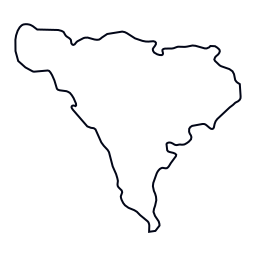 the County of Alba
{"feature_id": "ROU-294", "entity_name": "Alba", "entity_type": "County", "adm_level": 1, "iso_a3": "ROU", "parent_name": "Romania", "parent_adm1": "", "projection": "robinson", "projection_center": [23.52, 46.007], "detail": "fine", "context": "isolated", "style": "outline", "palette": "ink", "viewbox_px": 256, "rotation_deg": 0, "n_neighbors": 0, "source": "natural_earth", "source_scale": "10m", "svg_char_len": 2739}
<svg xmlns="http://www.w3.org/2000/svg" viewBox="0 0 256 256"><path d="M34.0,71.7L32.7,71.4L25.4,67.4L18.2,61.0L15.5,51.1L15.4,39.8L16.1,35.4L17.7,30.7L19.7,27.3L21.6,25.4L23.3,24.5L25.3,24.2L27.1,24.2L29.0,24.5L30.4,24.9L32.7,26.1L37.2,29.5L58.2,30.0L61.6,30.9L63.6,32.0L65.0,34.5L65.8,35.7L67.1,36.8L69.0,38.0L70.2,39.0L70.9,40.0L71.2,42.2L71.4,43.4L72.5,44.7L73.5,44.9L74.7,44.3L76.3,42.3L77.4,41.3L83.5,38.1L85.0,37.7L87.7,37.6L94.5,39.5L97.0,39.8L99.0,39.6L100.4,38.8L101.8,37.6L107.2,34.0L122.2,31.6L124.7,32.1L126.8,33.1L135.1,38.4L142.5,40.9L145.7,41.5L148.5,41.6L153.3,41.2L155.0,41.7L155.9,42.7L155.9,44.2L154.8,46.1L153.6,47.6L152.8,49.1L153.0,50.7L154.1,52.5L157.2,54.3L159.6,55.0L161.8,55.1L162.7,54.5L163.0,53.5L162.8,52.2L162.4,51.0L162.5,49.8L163.4,49.0L165.0,48.6L172.0,48.5L173.7,48.2L176.6,47.1L178.1,46.7L184.8,46.9L187.1,46.6L192.5,45.5L195.5,45.8L204.8,48.4L206.7,48.4L209.2,47.3L210.4,46.0L215.0,46.2L217.2,47.6L219.0,49.2L219.6,50.1L219.8,51.4L219.2,53.0L218.1,54.5L216.3,56.0L215.1,57.3L214.3,59.5L215.0,60.9L219.6,65.3L221.1,66.2L229.4,69.1L232.5,71.3L234.0,74.1L235.2,80.0L236.3,81.6L237.4,82.6L239.8,84.1L240.6,96.3L240.5,98.2L239.8,99.7L238.2,101.2L235.3,102.7L233.0,104.9L229.7,107.4L217.3,119.0L215.6,121.3L214.6,124.0L213.9,127.4L213.3,128.5L212.1,129.0L210.8,128.7L209.5,127.8L206.8,125.5L205.5,124.5L204.1,124.0L202.4,124.0L192.1,125.9L190.3,127.1L189.2,128.8L189.1,131.8L189.8,133.7L190.9,135.4L191.4,137.1L191.0,139.3L188.8,141.7L186.7,143.2L184.5,144.4L182.7,144.7L181.3,144.7L180.1,144.5L179.1,144.6L176.7,145.1L175.2,144.9L174.0,144.3L172.7,143.5L171.2,142.8L169.8,142.5L168.4,142.6L167.2,143.1L166.5,144.1L167.2,150.2L168.1,151.4L169.6,152.0L173.4,152.9L175.2,153.7L176.2,154.7L175.9,156.2L170.8,163.1L168.8,166.4L167.8,167.5L166.8,168.2L165.4,168.3L163.1,167.9L162.0,167.9L161.0,168.3L159.8,169.0L158.6,170.3L157.7,171.5L156.7,173.4L153.3,182.9L152.9,186.2L153.9,190.9L155.1,193.6L156.0,196.7L156.3,200.2L155.1,205.7L154.0,208.9L153.5,211.9L155.0,215.9L158.7,221.4L159.4,223.9L159.5,225.6L155.4,230.9L149.1,231.8L149.3,225.6L149.1,224.2L148.5,222.4L147.6,221.3L140.1,215.1L136.9,211.8L134.3,210.2L128.5,207.8L125.0,205.3L123.2,203.0L121.6,199.8L121.0,197.9L120.8,196.3L121.3,194.9L121.8,193.5L122.2,192.2L121.7,190.5L118.5,187.3L117.7,185.9L117.5,184.3L117.9,180.9L117.3,178.1L116.1,174.1L112.7,166.4L109.0,152.2L107.7,150.0L103.8,145.8L101.3,142.4L95.5,129.4L93.8,128.2L90.9,127.8L87.3,126.4L73.0,109.9L71.9,108.3L71.5,107.1L71.8,106.2L72.4,105.7L73.3,105.5L74.4,105.7L75.5,106.1L76.1,105.4L76.0,103.6L73.6,98.1L71.8,95.2L69.9,92.9L68.2,91.9L66.5,91.2L59.7,90.3L57.9,89.7L56.9,88.7L54.4,80.4L52.1,75.2L50.5,72.5L49.1,70.9L47.7,70.5L34.0,71.7Z" fill="none" stroke="#020617" stroke-width="2"/></svg>